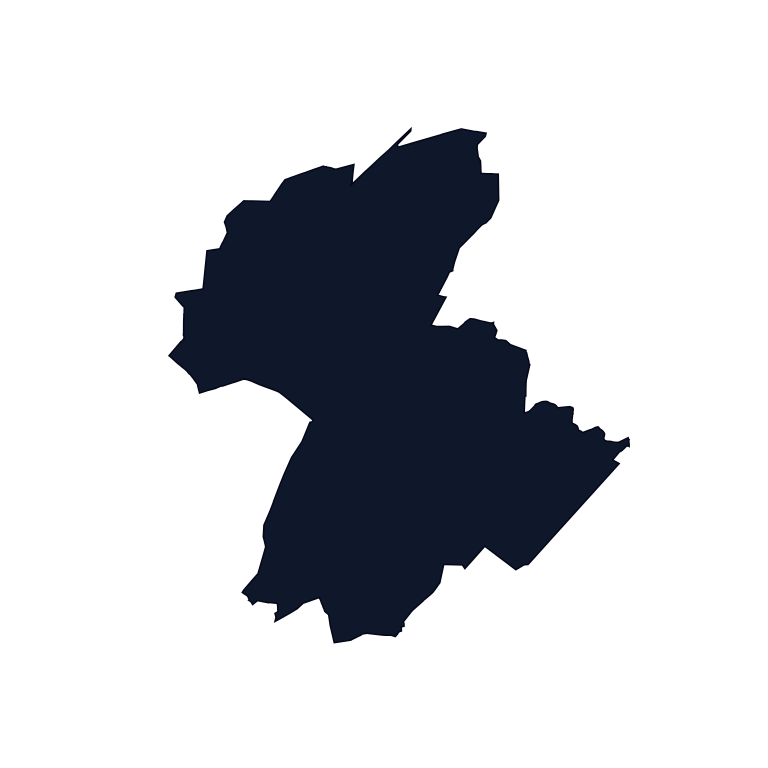 outline of Dekšāres pag., Vilanu, Latvia, rotated 136°
{"feature_id": "27541924B87900075837764", "entity_name": "Dekšāres pag.", "entity_type": "district", "adm_level": 2, "iso_a3": "LVA", "parent_name": "Latvia", "parent_adm1": "Vilanu", "projection": "natural_earth1", "projection_center": [26.82, 56.612], "detail": "fine", "context": "isolated", "style": "filled", "palette": "ink", "viewbox_px": 768, "rotation_deg": 136, "n_neighbors": 0, "source": "geoboundaries", "source_scale": "gbopen_adm2", "svg_char_len": 6099}
<svg xmlns="http://www.w3.org/2000/svg" viewBox="0 0 768 768"><g transform="rotate(136 384 384)"><path d="M270.1,163.4L272.3,170.5L261.9,171.6L259.8,171.0L258.6,170.8L257.4,170.9L255.9,170.8L254.2,170.9L253.4,170.9L252.6,170.7L251.6,170.1L251.2,169.4L251.1,168.8L250.2,169.5L248.7,171.4L248.1,172.3L246.9,173.4L246.5,173.7L246.3,173.7L246.3,174.0L246.4,174.6L245.7,175.8L254.8,178.7L255.9,179.3L256.9,180.1L259.3,182.8L260.9,185.4L262.5,187.1L263.4,188.1L264.2,189.6L264.3,190.4L264.2,191.4L263.9,191.9L263.2,192.6L262.2,193.3L261.2,193.9L260.4,194.4L259.9,195.0L259.6,195.8L259.3,197.5L259.4,199.3L260.0,202.6L259.7,203.3L259.6,203.7L259.6,204.1L260.6,205.1L261.9,205.8L263.0,206.2L264.6,206.6L265.5,206.9L266.5,207.3L267.5,207.9L268.6,208.4L270.1,209.0L273.0,210.3L274.5,210.9L274.9,211.2L274.9,211.3L274.9,212.2L275.3,213.7L275.8,214.7L276.0,215.7L275.9,216.1L275.5,216.9L274.8,217.9L274.6,218.5L274.2,219.8L274.7,222.1L275.1,223.2L275.5,224.1L275.8,224.9L275.6,225.5L273.8,227.5L270.0,230.6L269.3,231.1L268.4,231.5L268.3,231.9L268.0,232.3L267.2,233.0L266.7,233.3L265.8,234.0L265.3,234.6L264.9,235.1L264.7,235.5L264.8,236.0L265.8,238.2L266.1,238.7L275.4,246.1L275.5,246.7L275.2,248.7L275.4,250.6L276.1,252.1L277.1,253.7L277.8,255.0L278.0,255.5L278.5,257.0L278.5,257.5L278.7,257.9L279.3,258.7L280.9,260.2L282.7,261.5L283.3,261.8L286.5,263.0L288.7,264.0L289.3,264.0L289.5,263.9L290.0,263.9L290.8,263.6L291.6,263.5L297.0,263.4L298.4,263.5L298.9,263.6L300.6,264.3L301.5,264.7L302.0,265.0L302.5,265.4L303.0,266.0L296.9,271.9L296.3,272.5L291.1,277.3L290.4,276.8L284.6,282.7L279.5,287.6L265.5,296.8L265.7,297.8L264.3,299.4L263.3,301.1L261.4,304.8L260.4,306.2L259.6,307.8L259.5,308.9L258.6,309.5L265.8,324.6L266.0,327.9L266.1,329.8L266.5,331.0L269.3,334.5L270.0,335.1L271.4,336.4L272.2,340.7L268.5,342.5L265.6,344.1L263.8,351.0L262.4,352.2L264.2,353.1L265.5,354.5L268.4,359.0L270.3,361.7L273.8,367.8L276.6,371.1L277.9,371.4L282.5,372.1L284.7,371.8L292.7,372.4L296.8,379.9L301.6,384.4L306.2,388.8L309.3,393.7L279.0,403.4L279.8,404.3L281.5,406.8L283.6,410.7L283.1,411.1L282.5,411.3L281.8,411.4L280.4,411.6L280.2,411.8L264.0,417.2L259.3,419.1L255.8,417.7L255.5,418.4L248.5,422.8L237.9,428.3L236.0,429.3L235.8,429.4L235.4,429.6L233.3,429.7L229.5,429.7L218.6,430.0L215.0,430.0L209.7,430.4L204.8,430.5L202.4,430.4L198.6,429.1L194.2,429.3L192.8,429.2L192.0,429.3L191.6,429.4L187.1,431.2L182.2,433.2L174.1,436.4L173.8,436.6L156.0,455.6L156.2,455.8L159.4,459.1L160.1,460.0L161.0,461.0L162.0,461.9L162.8,462.7L163.0,462.8L165.6,465.6L166.5,466.5L167.6,467.8L168.0,468.0L166.4,469.8L165.3,471.1L163.7,472.8L159.6,477.5L158.4,482.0L153.2,489.0L150.6,491.4L139.1,491.8L136.3,493.5L142.5,501.9L143.0,502.1L151.2,513.8L168.7,523.3L171.2,524.3L171.3,524.5L190.8,534.8L193.8,536.4L209.5,544.6L207.9,547.0L200.4,547.2L189.1,547.4L187.3,548.9L207.2,549.1L217.7,549.0L230.0,549.5L240.8,549.6L250.9,549.9L261.7,549.9L269.7,550.0L270.0,550.1L269.8,550.3L266.8,551.4L266.3,551.6L265.7,552.3L258.7,558.3L253.1,562.8L269.1,571.7L269.6,572.2L270.9,574.0L271.6,575.7L273.2,578.2L273.7,578.6L274.2,579.3L274.5,580.4L275.2,580.7L275.7,581.4L276.0,582.4L276.6,583.1L278.2,583.7L281.9,585.4L283.7,586.3L286.6,587.6L287.1,587.8L287.8,588.1L288.4,588.4L289.0,588.7L292.9,590.4L294.7,591.2L294.8,591.3L296.0,591.9L307.2,597.0L310.8,598.5L313.2,599.7L318.9,598.8L323.9,597.7L329.6,596.5L333.8,595.5L338.6,594.5L338.9,594.3L341.2,596.5L351.3,606.8L356.2,611.6L357.7,613.2L360.5,613.2L370.3,613.7L380.0,613.9L386.3,611.3L388.3,606.8L391.5,601.7L392.1,601.4L401.3,597.9L402.7,597.6L408.3,595.4L418.8,602.8L443.2,582.2L448.1,578.1L455.2,582.9L457.4,584.6L469.3,592.9L470.3,593.6L473.9,591.6L474.0,589.9L474.2,586.1L474.3,584.4L474.3,583.3L474.5,581.3L474.5,581.2L474.4,581.2L474.5,579.8L474.4,577.9L477.1,575.3L478.2,574.1L479.5,573.2L480.9,571.7L482.1,570.6L485.7,567.1L492.8,559.8L494.3,558.6L494.6,557.8L494.7,557.4L494.9,557.1L496.5,555.6L501.0,555.2L501.0,555.5L519.0,553.7L518.8,552.2L518.6,549.9L518.6,549.4L518.3,544.8L518.2,543.7L517.9,540.4L517.7,539.6L517.5,536.7L516.9,532.7L516.9,532.1L516.8,530.0L516.8,529.9L516.9,528.7L517.1,527.2L516.8,525.3L517.0,523.6L517.4,519.9L517.7,518.2L518.4,513.3L519.9,511.0L523.0,505.6L515.4,501.9L508.7,498.1L502.8,495.8L501.4,494.6L492.6,490.4L489.8,488.9L483.3,485.9L481.7,485.1L479.8,482.8L479.0,481.4L477.3,478.1L474.3,470.7L471.5,464.8L469.5,460.7L466.7,454.9L465.3,451.6L464.9,449.9L464.6,448.0L463.8,442.1L461.6,421.9L461.1,417.1L460.1,407.7L460.0,407.1L460.4,406.8L462.2,406.9L462.3,406.8L463.4,407.5L463.5,407.7L463.9,407.9L477.3,402.0L483.1,399.5L495.4,396.7L501.4,395.4L518.2,388.6L529.4,383.6L534.9,381.0L544.9,376.3L545.0,376.3L545.4,375.9L554.0,371.9L560.2,369.3L568.4,365.9L571.3,363.2L576.8,358.1L577.2,357.6L579.1,354.1L582.1,349.2L582.3,349.0L590.7,344.1L606.4,335.1L614.0,334.5L616.2,334.3L628.0,333.2L630.8,332.5L629.4,326.2L630.8,322.4L631.6,322.4L631.3,321.4L631.0,320.4L631.0,319.7L631.7,316.6L629.1,316.4L625.4,316.0L622.1,311.2L618.9,306.7L617.7,305.8L615.6,303.2L614.0,301.5L613.3,299.8L618.5,293.9L621.8,294.7L623.5,291.6L624.0,291.1L624.8,290.5L626.0,289.8L627.4,288.9L621.9,287.4L611.5,284.7L603.1,282.8L603.0,282.7L596.2,282.5L595.6,282.5L595.4,282.9L579.0,275.4L579.0,275.2L579.9,272.4L580.8,270.4L581.4,269.2L581.6,268.2L581.9,267.6L582.8,265.7L583.8,263.0L584.6,261.5L584.5,261.3L584.1,256.6L584.2,256.3L590.5,247.5L595.1,239.8L597.8,235.3L599.5,232.5L585.8,222.8L585.7,222.9L574.6,219.3L574.4,219.3L573.8,219.6L569.4,216.5L559.6,204.6L557.8,202.6L554.2,199.1L553.4,198.2L551.3,194.5L551.2,194.4L549.2,194.7L548.2,194.7L548.2,194.9L546.3,195.2L545.7,195.2L545.2,195.2L544.5,195.0L543.1,194.2L540.2,197.3L537.9,195.8L536.8,196.9L536.2,197.6L535.7,198.5L535.2,199.5L522.9,201.2L520.7,201.4L507.0,200.8L507.0,201.0L501.3,200.6L497.3,200.3L493.5,200.2L486.4,201.4L485.9,201.6L481.9,202.2L481.6,202.5L480.5,203.2L466.4,212.7L453.3,199.4L454.1,195.0L424.2,197.3L422.5,186.7L421.8,181.8L419.6,168.2L418.2,158.9L416.0,158.3L411.1,157.2L409.1,156.7L408.3,156.2L407.3,155.4L405.8,154.1L369.8,156.6L270.1,163.4Z" fill="#0f172a" stroke="#020617" stroke-width="1.5"/></g></svg>